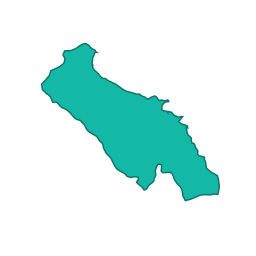 outline of Mersin, rotated 248°
{"feature_id": "TUR-2285", "entity_name": "Mersin", "entity_type": "Province", "adm_level": 1, "iso_a3": "TUR", "parent_name": "Turkey", "parent_adm1": "", "projection": "orthographic", "projection_center": [33.75, 36.714], "detail": "fine", "context": "isolated", "style": "filled", "palette": "teal", "viewbox_px": 256, "rotation_deg": 248, "n_neighbors": 0, "source": "natural_earth", "source_scale": "10m", "svg_char_len": 2587}
<svg xmlns="http://www.w3.org/2000/svg" viewBox="0 0 256 256"><g transform="rotate(248 128 128)"><path d="M212.4,126.6L212.1,126.6L210.9,126.8L209.9,127.3L210.1,126.9L210.5,125.4L209.4,124.8L206.2,121.5L200.0,118.3L199.6,119.0L197.3,117.8L194.1,118.6L189.1,121.0L186.8,121.4L186.0,121.8L183.7,123.1L183.2,123.5L182.5,125.3L182.1,125.7L179.8,127.0L173.2,133.0L165.0,138.2L162.7,140.3L156.2,148.7L155.6,150.1L155.3,151.1L154.5,151.7L153.0,152.4L150.3,155.2L147.6,156.7L147.5,159.2L147.9,162.2L147.7,164.8L146.2,166.0L143.9,166.5L141.8,167.2L141.0,169.2L141.4,169.1L141.7,168.8L141.5,169.4L140.1,171.3L139.4,172.5L139.2,173.9L139.1,175.0L138.7,175.7L137.3,175.7L137.3,175.1L138.1,173.4L137.7,170.8L136.5,168.4L135.0,167.4L133.8,167.0L132.9,166.3L132.0,166.1L130.8,167.1L129.4,169.4L128.7,170.2L127.4,170.6L128.0,170.8L128.4,171.3L127.6,172.1L126.5,174.1L125.6,174.5L124.8,174.6L122.2,175.7L121.7,176.2L119.3,178.7L119.0,179.7L118.5,182.3L118.0,182.9L117.8,182.3L115.9,179.3L115.6,178.0L114.9,177.7L113.9,177.9L112.8,178.3L111.0,179.9L109.3,182.2L107.7,183.8L106.0,183.5L107.0,182.9L107.0,182.2L105.3,182.0L102.0,181.1L100.5,180.9L98.8,181.2L96.1,182.6L95.0,182.9L92.1,181.8L90.4,181.6L89.0,183.3L87.4,183.5L84.0,183.4L81.7,184.0L80.8,184.1L79.9,183.9L78.3,183.0L77.5,182.8L75.7,183.3L74.8,184.5L74.0,185.9L73.0,187.3L72.2,187.9L71.9,187.9L71.6,187.6L70.9,187.3L69.9,187.1L67.5,187.2L62.4,185.9L61.0,185.8L56.0,188.5L55.2,188.8L54.5,189.8L50.4,193.0L47.1,192.7L40.3,191.0L37.3,189.5L32.8,186.4L33.0,185.8L34.2,184.0L34.8,181.7L35.1,179.4L36.2,176.8L37.4,174.5L38.7,169.9L38.5,159.5L39.2,154.0L44.2,153.4L49.2,154.7L53.7,154.6L58.1,152.7L62.6,151.7L67.2,152.0L69.7,151.6L71.5,149.8L72.5,146.4L73.6,143.4L74.6,142.9L75.8,142.7L78.4,144.1L81.3,145.3L83.3,142.8L81.5,139.9L78.1,137.3L74.1,136.2L72.5,134.8L71.1,133.0L69.2,132.1L68.1,129.6L67.4,126.8L66.2,124.6L64.6,122.7L64.4,119.7L67.3,119.1L68.5,118.7L72.0,116.6L74.2,115.7L75.2,116.3L75.4,117.0L75.9,118.1L78.7,118.9L80.3,116.1L81.2,111.9L83.7,109.0L86.5,108.1L89.0,106.3L91.5,104.1L94.2,102.4L97.3,101.6L106.9,100.7L112.9,98.3L119.1,97.8L121.7,98.6L123.6,98.4L126.3,96.9L131.8,95.9L139.1,90.4L141.8,89.2L147.5,88.7L152.8,86.6L155.4,83.5L157.4,82.2L164.0,79.9L168.2,77.8L171.5,74.5L173.8,73.3L177.8,71.9L179.1,70.9L180.0,67.9L185.7,67.7L188.2,66.8L190.5,65.3L195.7,63.0L201.0,64.3L203.5,69.9L206.4,75.1L210.0,77.8L210.4,87.5L212.1,92.9L215.7,95.5L220.3,95.2L223.2,98.2L221.1,104.1L221.2,109.5L222.4,114.8L222.7,117.4L222.4,120.0L219.6,122.6L216.4,123.5L212.4,126.4L212.4,126.6Z" fill="#14b8a6" stroke="#0f766e" stroke-width="1.5"/></g></svg>